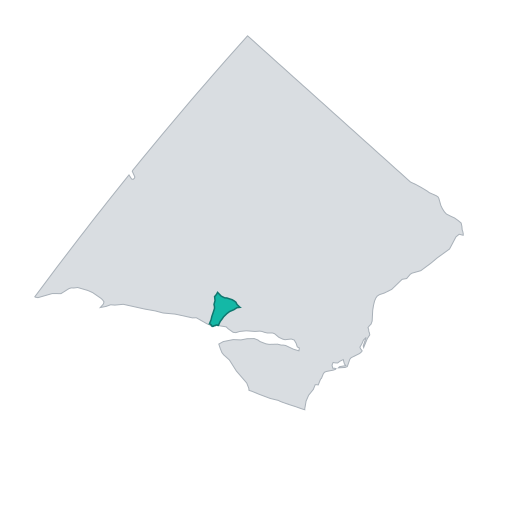 location of Hurghada 1, Al Bahr al Ahmar, Egypt, rotated 128°
{"feature_id": "37247803B61358518780197", "entity_name": "Hurghada 1", "entity_type": "district", "adm_level": 2, "iso_a3": "EGY", "parent_name": "Egypt", "parent_adm1": "Al Bahr al Ahmar", "projection": "albers", "projection_center": [33.55, 27.127], "detail": "fine", "context": "in_parent", "style": "filled", "palette": "teal", "viewbox_px": 512, "rotation_deg": 128, "n_neighbors": 0, "source": "geoboundaries", "source_scale": "gbopen_adm2", "svg_char_len": 4244}
<svg xmlns="http://www.w3.org/2000/svg" viewBox="0 0 512 512"><g transform="rotate(128 256 256)"><path d="M424.3,405.2L415.0,405.4L405.7,405.6L396.5,405.8L387.2,406.0L377.9,406.1L368.6,406.2L359.3,406.3L350.0,406.4L340.7,406.4L331.4,406.5L322.1,406.5L312.8,406.4L303.5,406.4L294.2,406.3L284.9,406.2L275.6,406.1L270.3,406.0L271.3,403.3L271.9,401.4L271.3,400.0L269.5,399.7L268.3,400.1L265.4,405.7L263.9,405.9L260.6,405.8L249.8,405.6L239.0,405.3L228.2,405.0L217.4,404.7L206.5,404.3L195.7,403.9L184.9,403.5L174.1,403.1L163.3,402.6L152.5,402.0L141.7,401.5L130.9,400.9L120.1,400.3L109.3,399.6L98.5,398.9L87.7,398.2L88.1,391.4L88.6,384.6L89.1,377.8L89.5,371.0L90.0,364.2L90.5,357.4L90.9,350.6L91.4,343.8L91.9,337.0L92.3,330.2L92.8,323.4L93.2,316.5L93.7,309.7L94.2,302.9L94.6,296.1L95.1,289.3L95.6,282.5L96.0,275.7L96.5,268.8L97.0,262.0L97.4,255.2L97.9,248.4L98.4,241.6L98.8,234.7L99.3,227.9L99.8,221.1L100.2,214.3L100.7,207.5L101.2,200.7L101.6,193.8L102.1,187.0L102.6,180.2L102.4,178.9L101.3,174.2L100.3,168.2L99.4,160.9L99.4,158.5L97.5,150.9L97.4,148.8L98.1,147.3L102.5,141.3L103.9,138.4L105.2,134.8L105.7,131.8L104.8,127.2L103.8,123.0L103.6,118.8L103.7,114.7L105.9,112.0L108.5,109.6L109.5,108.0L111.0,106.3L112.1,105.5L113.8,109.3L117.8,110.2L131.3,107.8L145.8,112.0L153.8,113.7L166.1,117.1L173.5,122.5L175.5,123.2L181.0,123.4L184.4,126.5L198.7,128.5L206.2,132.1L210.4,134.9L213.0,135.8L215.3,135.7L218.4,134.9L222.4,133.1L226.8,130.7L235.8,124.4L238.9,123.4L241.0,123.7L243.5,123.7L244.5,122.0L245.9,120.8L246.7,119.4L248.1,117.8L252.7,117.4L261.9,114.8L260.9,116.1L252.4,119.1L256.0,119.6L259.7,118.6L263.9,118.0L264.7,116.6L265.3,114.1L266.1,113.8L269.0,114.3L277.5,118.4L279.6,118.5L285.7,116.4L287.0,116.0L289.0,117.2L293.4,122.2L291.8,122.0L287.1,117.8L286.6,119.9L283.9,123.5L287.3,125.1L290.0,125.8L291.5,127.8L292.4,129.7L295.2,128.9L297.2,126.4L296.1,125.0L295.5,123.6L296.4,123.6L298.3,124.8L303.7,129.5L305.5,130.5L307.6,130.4L312.1,129.1L313.3,129.3L319.3,127.6L320.0,128.9L321.0,130.1L325.8,128.7L333.3,128.8L339.5,127.2L346.6,123.4L347.1,122.9L347.5,123.8L348.4,126.3L350.6,132.8L352.5,137.9L354.9,144.9L355.7,147.6L356.0,149.4L359.5,157.1L361.5,163.5L363.1,168.6L365.2,176.2L366.2,178.8L364.7,180.2L361.8,185.1L358.7,200.7L354.3,213.0L353.8,220.6L353.1,223.4L350.9,227.2L348.3,231.1L343.6,229.1L335.9,222.5L331.4,216.2L326.7,212.1L322.2,206.6L321.0,202.7L321.0,200.3L319.1,194.1L317.6,191.3L312.2,184.7L310.7,181.3L309.5,179.8L308.3,177.6L306.4,169.1L304.3,163.8L301.8,165.2L302.2,167.5L300.1,170.6L298.7,174.2L299.7,177.1L304.1,181.6L305.0,183.6L306.0,187.9L305.8,193.6L306.5,195.6L309.8,199.9L311.0,202.5L311.7,204.7L312.8,206.7L316.1,210.4L320.9,217.6L325.5,222.4L328.8,224.7L330.2,227.0L330.5,233.0L330.2,235.9L333.2,241.3L334.2,244.0L337.1,246.2L338.4,248.7L339.6,252.8L341.4,265.0L343.9,268.0L351.6,284.0L358.1,294.1L361.3,301.6L366.2,310.8L375.8,330.9L381.6,337.0L383.9,340.5L388.0,343.1L392.5,347.0L388.2,346.7L387.2,346.9L385.7,347.6L385.0,350.0L384.8,351.9L385.4,362.1L386.7,367.3L390.6,377.1L393.5,380.0L394.8,381.9L396.8,383.3L405.7,386.5L411.1,393.5L423.1,402.2L424.3,404.6L424.3,405.2Z" fill="#d9dde1" stroke="#a8b0b8" stroke-width="1"/><path d="M333.7,242.9L332.3,243.3L329.6,243.9L327.0,243.9L323.9,244.1L319.4,243.5L316.0,242.6L312.0,240.4L308.5,239.2L306.3,237.0L306.3,237.4L305.9,241.1L304.8,243.4L304.8,243.9L304.8,244.0L304.8,245.4L305.1,247.9L306.2,250.8L307.0,253.1L308.2,254.8L309.0,258.5L309.0,258.9L308.3,263.9L309.9,263.6L310.0,263.6L312.2,263.5L313.4,263.7L316.4,260.8L320.0,259.3L321.6,257.4L322.9,256.4L327.0,254.9L330.8,253.6L334.0,252.1L337.9,251.0L337.8,250.9L337.9,250.7L337.9,250.4L337.9,250.1L338.0,249.9L337.9,249.7L337.8,249.4L337.8,249.2L337.8,248.9L338.0,248.7L338.3,248.4L338.4,248.2L338.2,247.8L338.2,247.7L338.2,247.4L338.3,247.3L338.4,247.2L338.2,246.9L338.1,246.7L337.9,246.5L337.7,246.4L337.3,246.4L337.2,246.3L337.2,246.2L336.8,246.0L336.7,246.0L336.5,245.9L336.4,245.8L336.2,245.6L336.0,245.4L335.9,245.4L335.7,245.1L335.4,245.1L335.2,245.0L335.0,244.9L334.9,244.8L334.7,244.7L334.6,244.4L334.4,244.3L334.3,244.2L334.2,244.0L334.2,243.9L334.3,243.7L334.1,243.6L334.0,243.4L333.9,243.3L333.9,243.2L333.7,243.0L333.7,242.9Z" fill="#14b8a6" stroke="#0f766e" stroke-width="1.5"/></g></svg>